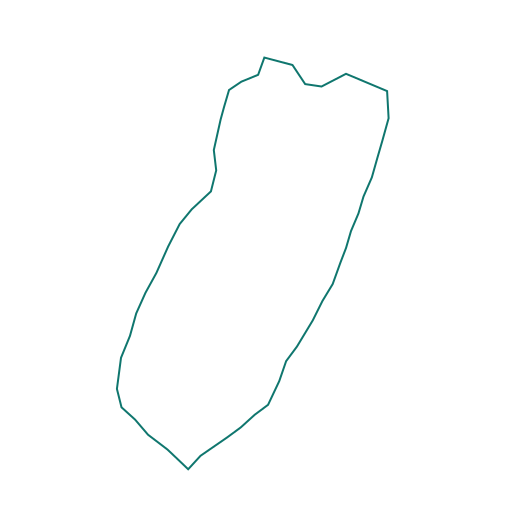 Vitsada, Cyprus, rotated 256°
{"feature_id": "46923920B87437157702699", "entity_name": "Vitsada", "entity_type": "district", "adm_level": 2, "iso_a3": "CYP", "parent_name": "Cyprus", "parent_adm1": "", "projection": "albers", "projection_center": [33.652, 35.236], "detail": "fine", "context": "isolated", "style": "outline", "palette": "teal", "viewbox_px": 512, "rotation_deg": 256, "n_neighbors": 0, "source": "geoboundaries", "source_scale": "gbopen_adm2", "svg_char_len": 757}
<svg xmlns="http://www.w3.org/2000/svg" viewBox="0 0 512 512"><g transform="rotate(256 256 256)"><path d="M397.0,254.7L369.0,240.7L348.7,238.1L329.6,227.9L316.9,205.0L305.5,189.7L286.5,173.1L263.6,155.2L247.1,139.9L229.3,125.9L209.0,114.4L189.9,100.4L160.7,88.9L141.7,88.9L126.5,99.1L108.7,108.0L89.6,123.3L76.9,131.4L65.5,138.6L75.6,153.9L87.1,184.5L93.4,199.8L102.3,216.4L108.7,231.7L129.0,248.3L146.7,259.8L158.2,273.8L179.8,295.5L196.3,309.6L210.2,323.6L229.3,336.4L242.0,345.3L257.2,354.2L272.5,365.7L287.7,374.7L304.2,387.4L322.0,397.6L337.3,406.5L357.6,418.0L384.3,423.1L411.0,387.4L404.6,360.6L410.9,345.3L432.5,337.6L446.5,312.1L431.3,301.9L428.7,284.0L423.6,270.0L408.4,261.1L397.0,254.7Z" fill="none" stroke="#0f766e" stroke-width="2"/></g></svg>